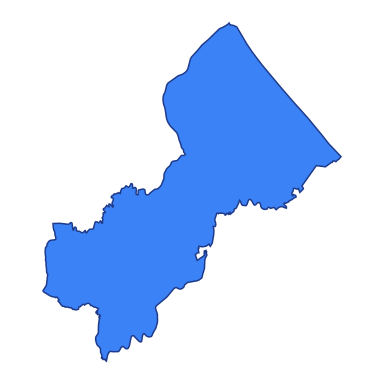 outline of Trieu Phong, Quảng Trị, Vietnam
{"feature_id": "81297802B12813150904873", "entity_name": "Trieu Phong", "entity_type": "district", "adm_level": 2, "iso_a3": "VNM", "parent_name": "Vietnam", "parent_adm1": "Quảng Trị", "projection": "equal_earth", "projection_center": [107.119, 16.775], "detail": "fine", "context": "isolated", "style": "filled", "palette": "blue", "viewbox_px": 384, "rotation_deg": 0, "n_neighbors": 0, "source": "geoboundaries", "source_scale": "gbopen_adm2", "svg_char_len": 5967}
<svg xmlns="http://www.w3.org/2000/svg" viewBox="0 0 384 384"><path d="M43.0,290.6L43.3,291.6L45.0,292.9L46.0,293.3L49.6,295.6L52.3,296.7L54.7,297.0L55.4,297.6L56.9,297.1L59.0,299.7L59.0,300.1L58.2,300.7L58.2,301.5L59.8,302.7L60.0,303.5L60.5,303.8L61.0,304.8L62.8,306.4L64.2,306.3L65.2,307.1L67.6,307.0L69.8,307.8L71.1,307.6L72.7,309.3L73.8,309.3L74.7,309.7L76.5,309.9L78.5,309.1L78.8,307.3L79.1,306.8L80.2,306.7L82.9,304.3L83.8,304.5L84.5,305.1L85.5,304.2L88.1,303.2L89.6,303.8L90.8,305.6L91.7,305.5L93.8,307.0L95.7,307.3L96.7,308.0L97.6,308.0L98.3,308.4L98.0,308.8L97.9,310.1L97.6,310.5L96.6,311.0L96.6,311.8L96.8,312.4L96.0,312.2L96.0,312.9L96.8,313.5L97.4,312.8L97.4,313.8L97.6,314.6L99.2,314.5L99.5,315.3L100.0,315.2L100.3,316.2L99.7,316.8L98.9,317.0L99.2,317.7L99.8,318.3L99.3,318.6L98.9,321.8L98.5,325.2L98.3,333.1L95.8,337.0L95.6,339.6L96.3,342.8L97.0,344.6L97.5,345.4L99.7,347.4L100.5,349.1L100.6,352.4L101.9,355.3L101.5,358.1L101.8,358.3L102.2,357.6L102.5,357.6L102.6,358.9L103.1,359.5L103.6,359.1L105.2,359.5L105.4,360.5L105.6,360.6L105.9,360.0L106.0,360.6L106.4,361.0L107.6,355.1L108.9,352.5L109.6,351.7L110.8,351.4L113.2,351.7L118.4,351.6L119.3,350.8L121.1,347.5L122.4,346.4L124.1,347.2L125.8,348.7L127.0,348.8L128.0,348.4L128.5,347.7L129.5,345.3L131.0,337.6L131.5,336.5L132.2,335.8L133.6,335.7L138.3,340.6L139.7,341.7L140.4,341.9L141.2,341.8L141.6,341.4L142.4,336.3L143.0,334.3L143.6,333.7L144.2,333.7L146.2,335.8L147.6,336.6L149.0,336.9L151.1,336.6L151.8,335.9L153.2,332.7L155.8,328.2L157.4,322.5L157.5,320.6L157.4,314.3L155.5,308.2L155.8,306.6L156.2,305.9L166.8,297.1L173.9,288.6L175.1,287.8L176.5,287.6L178.6,288.7L180.0,289.1L181.7,288.8L183.6,287.4L184.7,284.8L186.8,283.0L187.9,282.4L197.0,280.8L199.0,280.0L201.6,278.1L202.1,277.2L202.7,274.2L204.3,269.1L204.5,267.7L204.8,260.5L205.2,258.4L206.9,255.0L206.3,254.7L206.5,252.8L205.9,252.8L206.6,251.8L206.2,251.5L205.4,252.2L205.3,251.4L206.1,251.1L206.0,250.4L204.3,251.0L204.2,255.5L197.2,260.4L195.3,254.5L198.2,252.5L198.8,252.7L198.2,248.3L198.9,248.2L198.9,246.3L202.5,246.8L206.1,246.2L209.0,244.1L209.4,245.1L210.4,246.3L212.3,243.0L213.7,234.5L213.9,231.2L213.6,227.7L213.2,226.4L215.1,226.5L215.8,225.2L215.6,222.7L215.2,221.4L214.9,220.8L214.8,219.2L216.8,213.3L217.6,213.1L218.4,213.7L218.9,213.1L223.0,213.3L224.5,213.9L225.0,214.4L225.0,215.0L225.6,215.1L226.5,213.4L227.0,213.7L227.6,213.6L228.4,214.4L228.8,214.3L229.1,214.0L228.9,212.7L229.9,212.3L229.9,213.0L230.3,214.2L233.8,211.4L234.3,209.0L235.7,208.6L236.5,207.7L239.0,202.2L239.6,200.4L240.5,201.5L241.4,204.0L241.9,204.8L242.4,205.2L245.6,205.7L246.2,205.5L247.2,204.0L248.3,200.6L249.0,199.7L249.9,199.4L250.6,199.6L251.9,201.1L253.5,204.1L254.3,205.0L254.9,205.1L255.6,204.9L257.0,203.2L257.8,202.7L258.6,202.5L259.9,203.1L260.3,203.8L260.9,206.5L261.2,207.3L262.0,208.3L263.5,209.2L264.7,209.4L267.0,209.1L267.9,207.7L268.7,207.3L269.2,207.4L270.6,208.4L272.8,207.7L273.9,207.6L274.6,207.8L275.8,209.6L276.2,209.7L278.9,207.3L281.2,206.6L282.5,206.8L285.0,207.8L286.4,208.1L286.5,207.1L286.3,206.6L284.0,204.5L283.9,204.1L284.2,203.1L284.6,202.9L285.6,203.3L288.9,201.7L288.9,201.1L291.9,199.6L294.0,198.0L296.1,197.0L295.8,195.7L295.5,195.3L294.3,195.1L293.6,194.6L292.6,195.6L292.0,194.9L292.1,192.2L292.9,191.7L293.5,188.4L293.8,188.2L297.2,189.2L298.4,188.5L299.9,192.4L301.4,190.9L303.4,188.8L303.3,188.4L302.0,185.8L316.3,165.6L325.4,166.8L331.5,162.4L332.3,162.4L332.9,161.1L334.5,160.9L335.7,161.7L336.2,161.5L337.0,160.5L339.2,158.9L341.0,156.6L328.7,143.7L321.3,134.3L308.1,118.3L293.9,102.5L281.0,87.6L262.0,64.9L252.7,52.7L246.8,44.0L236.8,27.0L233.7,25.5L230.0,24.8L229.1,23.0L227.6,24.5L223.7,26.9L219.4,28.8L208.0,39.9L202.0,45.0L197.5,50.5L191.5,57.0L190.4,59.1L187.9,68.7L186.8,70.8L185.2,72.4L182.8,74.1L178.2,75.8L168.2,82.9L166.8,84.9L165.0,92.3L163.6,94.9L163.2,96.7L163.0,100.1L163.7,104.5L165.0,108.2L166.5,118.3L167.6,121.6L168.8,123.8L170.7,126.5L176.7,132.6L178.0,135.5L179.2,140.2L180.7,144.1L181.5,147.5L183.6,150.1L183.6,151.9L185.2,154.0L185.4,154.7L184.0,155.4L182.0,155.4L181.2,155.7L177.6,160.1L176.9,160.6L172.8,161.3L171.6,162.2L171.2,162.8L170.9,164.1L170.1,165.5L166.7,168.7L164.4,173.2L164.0,174.8L164.0,178.2L161.4,184.9L160.2,186.6L157.6,188.9L154.6,189.4L150.0,193.1L148.9,194.4L148.1,194.8L146.7,194.9L145.8,194.3L145.5,193.7L144.8,189.8L144.5,189.5L143.2,189.0L138.8,189.9L138.4,190.2L138.2,190.9L138.1,194.5L137.9,194.8L136.7,194.6L136.2,194.1L136.0,193.2L136.3,190.3L136.1,188.3L135.0,187.4L134.6,187.4L133.7,188.2L132.8,188.2L132.4,184.3L131.8,183.6L131.0,183.7L129.9,185.9L128.8,187.2L127.9,187.0L126.5,186.0L126.0,185.8L124.4,188.0L121.7,188.6L121.0,190.4L120.7,190.9L120.3,193.6L119.9,193.6L118.7,192.6L115.4,194.1L114.2,193.9L113.1,195.2L111.7,196.0L111.2,197.2L111.5,197.7L113.0,198.1L113.3,199.1L113.1,200.6L112.0,203.1L112.2,204.0L113.3,205.8L113.2,206.8L113.1,207.0L112.7,207.0L110.4,204.4L109.1,204.0L108.9,204.3L108.8,206.8L106.7,205.4L105.0,207.9L103.5,208.7L103.3,209.1L103.5,210.0L104.9,211.5L105.3,212.4L105.0,212.8L103.4,212.8L103.1,213.1L103.2,216.5L102.1,217.7L102.2,218.2L102.7,218.8L103.0,219.7L102.6,220.5L102.5,223.1L101.8,223.3L100.9,221.2L100.4,220.9L99.5,222.3L98.8,222.8L97.4,222.0L95.6,221.8L95.0,222.5L93.5,228.1L93.2,228.7L91.6,229.3L89.7,229.2L88.1,230.8L86.6,232.8L86.1,232.8L85.8,232.4L85.6,231.2L85.4,230.7L85.1,230.5L83.3,232.4L82.0,232.7L81.5,232.6L79.5,231.3L76.9,231.0L76.6,230.8L76.5,230.2L76.2,228.0L75.3,227.1L74.6,227.3L73.8,228.6L73.6,230.0L73.3,230.2L72.8,229.1L72.1,223.5L71.9,223.0L71.1,222.6L70.7,222.6L69.0,224.0L68.2,224.3L60.0,223.3L53.0,223.5L53.3,227.6L53.9,230.1L54.8,232.2L55.0,234.9L55.8,237.5L55.8,238.9L55.7,239.4L54.8,239.8L51.3,240.2L50.0,240.5L49.1,241.1L47.2,243.7L46.8,246.2L46.1,246.8L45.5,247.8L45.1,251.3L45.2,253.0L45.7,257.4L45.5,260.1L46.1,262.5L46.0,264.4L46.5,268.9L46.6,271.9L47.0,273.3L47.6,273.9L47.6,275.1L46.5,284.7L45.6,286.7L43.0,290.6Z" fill="#3b82f6" stroke="#1e3a8a" stroke-width="1.5"/></svg>